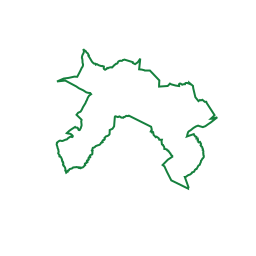 the district of Chenalhó, Chiapas, Mexico, rotated 220°
{"feature_id": "50627088B91790774450197", "entity_name": "Chenalhó", "entity_type": "district", "adm_level": 2, "iso_a3": "MEX", "parent_name": "Mexico", "parent_adm1": "Chiapas", "projection": "natural_earth1", "projection_center": [-92.559, 16.972], "detail": "fine", "context": "isolated", "style": "outline", "palette": "green", "viewbox_px": 256, "rotation_deg": 220, "n_neighbors": 0, "source": "geoboundaries", "source_scale": "gbopen_adm2", "svg_char_len": 5801}
<svg xmlns="http://www.w3.org/2000/svg" viewBox="0 0 256 256"><g transform="rotate(220 128 128)"><path d="M212.3,118.0L206.6,124.0L194.3,126.6L191.1,126.9L186.5,128.1L182.9,128.5L181.0,129.4L179.5,130.5L178.0,130.2L178.6,127.8L178.3,125.5L177.3,122.5L177.2,121.4L176.6,119.9L175.9,115.1L175.2,112.5L174.9,110.5L174.9,109.9L175.6,108.5L176.0,107.6L175.9,105.0L168.9,104.5L168.7,104.3L168.1,103.0L165.6,100.6L165.0,99.8L164.8,99.1L164.1,97.5L163.9,96.2L163.7,95.5L164.0,95.0L164.5,94.8L165.2,95.0L166.1,95.6L166.5,95.7L167.3,95.6L167.6,95.2L168.3,94.8L168.6,94.7L169.2,94.8L170.4,91.0L171.2,88.0L171.6,84.7L171.0,84.9L170.8,85.5L170.0,85.5L169.2,86.1L167.8,86.6L166.2,86.6L165.2,86.4L164.9,86.0L164.8,85.7L165.0,85.1L165.8,84.8L166.2,84.9L166.8,83.7L167.0,82.7L167.3,82.3L167.4,81.1L167.4,80.3L167.6,79.8L168.3,79.0L169.7,76.2L170.2,75.6L171.9,74.7L172.3,74.1L172.7,72.8L173.0,71.1L172.6,70.8L172.3,69.8L171.8,69.3L170.1,68.3L168.9,67.3L168.0,66.9L167.4,66.6L166.9,66.0L165.8,65.2L165.6,64.8L165.4,64.0L165.2,63.7L163.3,63.2L162.8,63.2L162.7,62.6L162.5,62.3L162.2,62.1L161.1,62.5L160.6,62.6L160.1,62.3L158.9,61.8L158.4,61.3L158.1,61.3L157.9,61.1L157.6,60.6L157.0,60.4L156.8,60.2L156.5,60.4L156.0,60.2L155.9,59.9L155.2,59.7L154.8,59.4L154.5,58.4L154.2,58.2L154.1,58.4L153.8,58.3L153.2,57.7L152.7,57.8L152.5,57.6L152.1,57.6L150.8,57.2L149.2,56.0L148.8,55.2L148.3,55.2L148.2,54.9L147.6,54.7L147.4,54.7L147.1,54.5L146.8,54.1L146.6,54.0L146.5,54.5L146.7,55.2L146.1,55.8L146.2,56.0L146.7,56.2L146.7,56.5L146.6,56.9L146.1,57.5L146.3,58.5L146.3,59.0L146.1,59.4L145.6,60.0L144.9,61.0L144.8,62.1L144.6,62.3L144.6,62.6L142.7,64.5L142.5,64.9L141.8,65.2L141.1,65.9L140.7,66.0L140.2,65.7L139.9,65.9L139.8,66.7L139.5,67.0L139.2,67.0L138.8,66.5L138.4,66.7L138.1,67.8L137.6,68.3L137.3,68.8L137.1,70.1L137.1,71.3L137.0,71.7L136.9,71.9L136.9,72.1L137.6,72.3L137.8,72.7L138.1,73.0L138.0,73.4L137.6,74.2L137.4,74.4L137.3,75.1L137.5,75.2L137.2,76.0L137.8,76.3L138.2,76.2L138.4,76.5L138.4,77.1L137.8,78.0L137.8,78.5L137.9,78.8L138.4,78.9L138.7,79.2L139.0,79.7L139.0,80.1L139.0,80.4L138.2,81.0L138.1,81.4L138.2,81.6L138.6,81.7L139.0,81.2L139.1,81.3L139.4,82.4L139.4,83.0L138.5,84.8L138.7,85.2L139.3,86.2L140.1,86.8L140.4,87.7L141.0,87.5L141.3,87.6L141.2,88.3L142.0,89.5L142.2,90.2L141.9,90.5L141.2,91.8L141.1,93.3L140.1,95.2L139.3,96.3L138.9,97.3L138.9,98.3L139.1,99.0L139.1,99.4L138.6,100.0L138.4,100.8L138.9,100.8L138.9,101.0L139.1,101.1L139.3,102.2L139.2,102.9L138.7,103.3L138.6,103.8L138.9,104.4L138.8,104.8L139.6,105.2L139.5,107.3L139.4,107.6L138.8,108.4L138.4,109.1L138.1,110.6L138.2,111.5L140.7,114.7L139.4,117.4L139.7,120.3L145.2,128.0L145.3,128.6L145.0,129.0L142.9,129.8L142.4,130.4L142.2,131.2L142.0,131.4L140.2,131.6L139.8,131.7L139.7,131.9L139.2,132.2L138.9,132.4L138.3,132.7L138.3,133.6L137.8,134.0L137.5,134.8L137.2,136.1L137.0,136.3L135.8,137.0L135.5,137.3L135.3,138.0L111.1,143.8L108.9,142.2L108.3,139.9L107.8,140.1L107.8,140.7L107.4,140.9L106.7,140.1L106.0,140.9L104.0,139.2L100.8,138.8L100.5,139.7L97.9,139.9L96.5,139.1L94.5,140.8L93.9,139.5L91.5,137.3L90.8,137.3L90.3,137.5L90.0,137.2L89.6,137.2L88.3,136.8L87.5,136.2L86.7,135.3L86.0,135.8L84.5,136.5L83.6,136.1L82.5,136.6L82.0,136.1L80.7,136.1L79.7,135.7L79.1,135.8L78.0,135.1L76.2,135.1L75.8,134.5L75.6,134.4L77.1,129.4L77.7,121.9L75.4,122.0L69.9,119.4L61.2,115.7L43.0,120.2L43.6,120.9L43.6,121.5L53.0,127.0L52.3,127.6L52.1,128.6L51.5,130.8L50.7,131.9L50.5,132.5L50.1,134.3L50.4,134.8L50.4,135.1L49.3,137.0L49.8,138.9L49.6,140.2L49.1,140.6L49.9,144.5L49.7,144.9L49.4,146.0L49.9,147.1L50.2,148.5L51.0,149.8L50.9,150.2L51.3,152.5L51.1,153.0L51.3,154.5L51.9,155.2L52.3,155.6L53.0,155.8L53.1,156.1L53.9,156.9L54.0,157.1L54.4,157.2L55.1,158.4L56.1,159.2L56.5,159.5L56.7,159.4L56.8,159.7L57.2,160.1L57.8,160.2L58.6,160.9L59.0,161.1L59.6,161.2L60.1,161.0L60.4,161.3L61.3,161.4L61.7,162.7L63.8,163.6L64.3,162.6L64.9,162.8L65.2,162.6L65.6,163.1L66.2,163.3L66.5,163.2L66.6,163.7L67.0,164.2L67.4,164.4L67.6,164.3L67.9,164.7L68.8,163.9L69.7,165.1L70.0,165.2L71.0,164.7L71.5,164.9L72.6,165.0L72.9,165.3L73.7,165.6L77.4,159.4L77.6,160.1L78.0,160.5L78.6,161.8L79.3,163.5L79.2,164.9L78.6,166.4L77.9,170.1L76.9,173.0L75.8,174.9L74.8,175.2L71.2,176.8L70.9,177.4L69.9,179.1L69.0,182.6L68.2,185.3L66.5,193.6L67.2,192.5L67.7,192.0L68.4,190.6L69.5,189.2L70.5,188.3L70.1,191.4L70.0,193.5L83.7,197.7L84.9,198.4L86.0,197.4L89.2,197.4L89.9,196.0L90.9,195.7L91.3,193.9L96.2,194.9L103.6,200.4L105.3,202.0L110.0,202.0L109.3,201.4L109.7,201.3L110.5,200.9L111.5,200.6L112.3,200.0L112.8,199.4L112.8,198.7L112.5,198.2L113.8,197.0L114.3,196.0L116.3,195.8L117.0,195.2L117.1,194.8L117.0,194.3L115.8,193.0L117.2,192.1L118.9,191.1L123.0,189.2L124.4,189.0L124.5,186.8L124.6,185.7L130.8,179.7L132.2,181.4L134.6,184.6L148.2,186.1L152.1,182.8L152.5,182.8L155.0,181.6L157.2,180.1L163.2,189.0L162.8,185.4L162.9,184.1L163.6,181.5L166.1,180.9L166.7,181.5L174.7,178.1L175.1,177.3L175.3,177.2L175.6,176.8L175.7,176.2L175.8,175.6L176.5,174.9L177.2,174.6L177.6,174.0L178.1,172.9L178.0,171.8L177.7,170.9L177.8,170.3L177.9,170.2L178.2,169.6L178.5,169.4L178.8,167.5L179.0,166.9L178.9,165.9L179.2,164.9L179.0,164.5L179.0,164.3L179.4,163.9L180.2,163.5L181.3,162.1L181.7,161.0L182.5,160.7L182.4,159.6L182.4,159.2L182.9,158.6L182.9,158.1L183.0,157.9L184.4,157.8L185.1,158.2L185.6,159.1L186.0,159.6L187.7,158.9L188.0,158.5L188.4,158.2L190.7,157.3L193.0,156.9L193.4,155.8L194.5,156.2L195.7,155.4L198.1,155.6L202.6,157.2L204.7,157.8L204.6,158.4L206.8,159.3L208.5,159.2L209.6,159.7L212.0,159.5L213.0,159.7L211.1,158.5L210.9,158.2L210.2,156.8L209.9,155.2L209.7,154.4L209.1,153.1L208.5,152.2L208.3,152.0L207.9,151.9L206.4,150.6L204.9,148.9L203.3,147.8L202.6,146.8L202.2,145.7L202.1,144.3L201.2,140.9L199.8,134.6L202.1,132.9L205.7,128.2L209.0,124.6L212.3,118.0Z" fill="none" stroke="#15803d" stroke-width="2"/></g></svg>